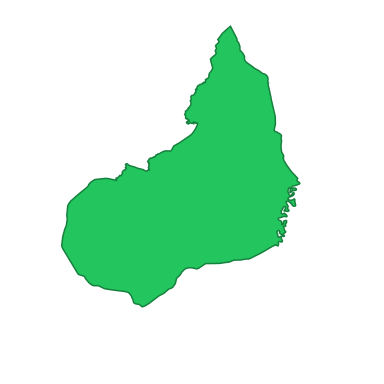 outline of Ban Lueam, Nakhon Ratchasima, Thailand, rotated 138°
{"feature_id": "78962969B51286671896071", "entity_name": "Ban Lueam", "entity_type": "district", "adm_level": 2, "iso_a3": "THA", "parent_name": "Thailand", "parent_adm1": "Nakhon Ratchasima", "projection": "orthographic", "projection_center": [102.112, 15.575], "detail": "fine", "context": "isolated", "style": "filled", "palette": "green", "viewbox_px": 384, "rotation_deg": 138, "n_neighbors": 0, "source": "geoboundaries", "source_scale": "gbopen_adm2", "svg_char_len": 6074}
<svg xmlns="http://www.w3.org/2000/svg" viewBox="0 0 384 384"><g transform="rotate(138 192 192)"><path d="M165.9,96.9L165.4,97.2L164.9,97.0L164.7,95.2L164.3,94.6L163.9,94.4L162.3,95.5L161.6,96.8L161.3,97.1L160.1,96.8L159.1,95.1L158.7,94.8L158.2,94.7L157.4,95.2L156.8,97.6L155.6,98.7L155.5,99.1L156.0,99.8L157.7,100.1L157.9,100.4L158.0,101.0L156.3,104.1L155.8,105.4L155.1,105.9L153.5,105.6L153.1,104.9L153.2,104.0L154.1,103.2L154.4,102.3L153.9,100.3L154.2,99.0L153.6,97.5L152.9,97.4L152.5,97.9L153.0,99.2L152.7,99.8L149.5,99.5L149.1,99.6L148.8,100.0L149.0,101.2L147.4,104.8L146.7,104.9L145.8,104.0L145.2,104.0L144.7,104.4L144.2,105.7L142.4,105.9L141.3,106.8L141.0,107.3L141.0,107.8L141.4,108.1L143.1,109.0L146.0,107.0L146.3,106.9L146.8,107.2L147.0,107.4L147.0,107.9L145.6,109.3L145.2,110.3L145.4,111.2L146.3,113.0L146.2,114.1L145.7,114.5L144.5,114.5L142.4,113.2L140.5,112.7L139.9,112.3L138.4,110.4L137.8,110.3L137.4,110.7L137.2,111.3L137.3,113.3L137.5,114.3L137.8,114.5L139.0,114.8L139.7,115.4L139.8,115.8L139.7,116.5L138.7,117.9L138.2,118.2L137.0,118.5L135.7,119.1L134.7,119.1L133.5,119.6L132.7,119.2L132.5,118.4L132.9,117.6L133.7,117.1L135.8,116.7L136.1,116.5L136.2,116.1L134.9,114.9L134.0,113.6L133.2,113.2L132.5,113.2L132.2,113.5L132.2,115.1L132.0,115.6L130.0,117.3L129.7,119.1L129.0,121.1L128.5,121.8L128.0,121.8L126.9,120.9L125.9,118.3L126.3,117.5L125.9,116.5L126.3,115.3L126.2,113.7L125.1,112.6L124.5,112.5L123.9,112.7L122.0,116.1L120.6,117.6L120.5,118.1L120.9,118.6L122.6,118.8L124.5,120.0L125.3,121.5L125.4,122.5L124.9,123.0L123.4,123.1L120.6,122.1L118.9,121.8L117.8,122.0L117.1,122.5L116.8,123.2L117.1,123.9L119.5,123.3L120.5,123.3L121.4,123.6L121.8,124.4L121.7,124.9L121.0,126.3L120.6,127.9L119.6,128.9L117.7,130.1L117.2,130.2L116.6,130.0L116.4,129.5L116.5,129.0L117.4,127.8L119.2,126.6L119.4,126.0L118.8,125.6L117.0,125.8L116.2,125.6L115.5,125.2L114.4,124.2L113.8,123.9L113.1,123.8L112.6,124.1L112.4,124.8L112.8,125.9L113.8,127.0L115.3,127.4L115.5,127.8L115.1,128.4L113.9,129.2L113.0,129.0L111.4,127.9L107.3,126.2L106.4,126.1L106.0,126.4L105.9,127.7L106.5,129.1L106.5,129.8L106.3,130.2L105.5,130.9L104.3,131.4L104.5,140.9L103.6,148.9L102.7,153.6L101.5,156.4L101.0,156.2L99.5,157.8L98.8,161.1L98.3,162.3L96.2,165.2L94.9,166.8L90.8,170.5L90.2,172.0L87.9,173.8L87.6,175.0L87.7,176.4L88.4,178.2L88.6,179.3L89.9,181.6L89.9,182.5L87.8,184.4L84.8,186.4L79.7,192.3L71.2,207.7L69.6,210.2L63.1,221.7L62.9,222.0L62.2,221.9L62.2,222.8L59.4,225.7L58.9,226.7L58.6,227.7L58.7,229.8L59.1,231.1L60.3,233.0L61.1,237.3L62.6,241.5L64.7,251.7L64.8,253.5L64.4,255.1L63.3,256.6L62.2,257.7L61.4,260.9L61.4,265.3L58.8,268.4L58.4,269.8L57.6,271.3L57.2,274.4L57.0,274.9L56.1,275.7L52.5,289.4L57.4,289.6L63.4,289.6L67.0,288.7L70.8,288.1L71.1,286.6L71.5,285.3L76.5,285.1L76.7,284.8L76.9,283.9L77.3,283.5L77.5,282.5L78.5,281.9L79.5,281.8L80.6,280.9L81.0,278.9L83.3,278.4L85.8,278.6L89.4,278.4L89.9,277.1L90.3,276.9L93.3,271.0L94.2,269.9L96.8,269.0L99.2,268.7L100.1,268.4L101.0,267.5L101.5,267.4L101.7,266.7L102.4,266.2L104.6,265.8L105.0,265.9L105.3,266.2L106.3,266.0L106.7,266.5L108.3,264.7L108.7,264.5L109.3,264.8L109.5,265.5L110.0,265.2L110.4,265.5L111.0,265.3L111.2,265.8L112.1,265.5L112.7,265.9L113.9,266.1L114.1,266.6L117.2,267.0L119.3,265.8L119.5,265.3L120.7,265.9L121.0,265.4L121.0,264.8L122.1,264.2L122.2,263.7L123.3,263.8L123.9,263.4L124.2,263.1L126.1,263.0L127.9,264.0L129.4,263.3L129.7,262.5L130.5,261.3L131.1,261.1L131.6,261.2L132.2,261.0L132.8,259.2L134.6,257.5L135.2,257.5L136.7,256.8L137.6,257.0L138.2,256.6L138.6,256.9L139.2,256.8L139.6,255.9L140.5,256.0L141.2,256.4L142.1,256.2L142.7,256.4L143.3,255.9L143.6,255.3L145.6,254.5L145.6,253.3L146.0,252.9L146.2,252.1L147.3,251.3L147.3,250.0L146.5,249.6L146.4,248.6L146.1,248.3L146.3,246.9L146.6,246.6L147.2,246.8L147.2,247.4L147.5,247.6L147.8,247.5L148.1,246.9L148.7,247.4L149.3,247.6L149.8,246.5L149.1,244.9L148.2,245.0L147.5,244.6L147.0,244.7L146.8,244.5L146.3,243.3L145.4,242.7L145.1,241.5L144.8,241.6L144.7,242.3L144.5,242.9L143.8,242.8L143.9,242.0L143.3,241.3L143.2,240.7L142.6,240.9L142.6,240.2L141.9,239.5L142.0,239.0L144.4,237.7L147.8,236.4L150.8,235.6L154.2,235.1L168.1,236.9L174.8,238.4L178.8,236.9L180.5,236.9L181.2,237.4L183.9,240.1L185.5,241.0L187.2,241.6L190.6,242.3L191.3,242.5L192.0,243.2L192.9,243.0L193.8,243.6L194.4,243.1L194.8,243.2L196.3,243.0L197.0,243.8L198.2,243.7L199.0,244.1L199.6,244.2L199.9,244.8L200.1,245.0L200.9,245.1L201.4,245.0L201.7,245.2L202.2,245.1L202.7,244.6L203.1,244.6L203.5,244.3L203.8,244.5L204.7,244.2L204.5,243.2L204.3,242.8L205.0,242.6L205.2,242.0L205.4,241.7L205.2,241.2L206.3,240.6L206.5,240.0L206.9,240.0L207.1,239.7L207.9,239.5L208.6,238.3L208.4,237.3L209.0,237.2L209.4,237.4L209.9,237.3L210.2,237.7L211.6,237.9L212.4,238.5L213.4,241.5L215.8,244.9L216.8,246.6L217.8,248.7L220.8,253.5L221.2,255.9L221.4,256.4L222.0,257.0L223.0,257.0L223.2,256.8L223.2,255.6L223.7,255.3L224.2,254.7L225.0,254.8L225.0,253.7L225.3,253.3L226.5,253.6L227.2,253.2L228.2,253.8L229.2,253.8L231.0,253.1L231.2,252.4L231.4,252.2L233.9,251.6L234.1,251.8L234.3,252.5L236.4,252.5L237.2,252.2L238.0,252.3L238.6,253.0L239.1,253.0L239.9,252.5L239.9,251.5L240.4,251.2L245.5,258.3L247.3,260.1L255.8,266.2L259.8,266.9L261.5,267.0L263.6,266.7L265.4,265.9L266.4,265.7L277.7,266.3L288.5,266.4L291.6,265.7L293.7,264.8L300.6,258.5L302.9,255.3L307.8,251.2L311.6,249.4L317.9,245.3L324.7,239.4L325.9,236.6L331.5,207.5L331.3,206.2L329.1,202.6L328.5,201.3L329.1,198.4L329.3,193.6L329.1,191.9L328.3,189.0L327.3,187.7L324.8,185.5L324.0,184.4L322.0,179.4L320.8,177.5L317.3,173.2L308.6,163.1L306.9,160.7L306.4,158.6L306.6,155.7L308.1,151.3L309.4,148.7L308.7,146.6L306.5,143.8L306.3,143.2L306.0,140.5L305.8,139.9L303.3,138.9L298.3,137.9L286.0,136.9L280.3,135.5L274.1,135.4L271.8,134.4L269.9,134.1L265.7,135.1L261.3,138.1L256.3,138.3L253.0,139.3L248.7,139.5L246.3,138.6L243.5,136.5L242.2,134.9L239.9,131.6L238.1,130.9L230.7,129.8L229.6,129.5L219.7,120.8L212.4,115.9L211.8,115.3L206.5,113.3L200.9,108.6L196.8,106.2L194.8,104.3L192.9,103.6L181.2,100.4L169.0,97.9L165.9,96.9Z" fill="#22c55e" stroke="#15803d" stroke-width="1.5"/></g></svg>